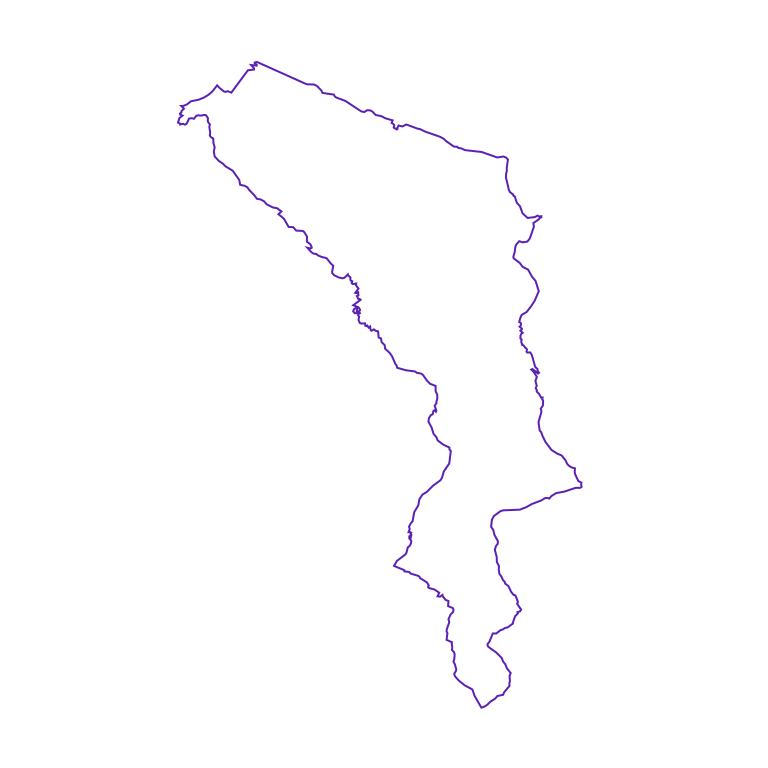 the district of Batrani, Prahova, Romania, rotated 177°
{"feature_id": "2599482B71534935033185", "entity_name": "Batrani", "entity_type": "district", "adm_level": 2, "iso_a3": "ROU", "parent_name": "Romania", "parent_adm1": "Prahova", "projection": "natural_earth1", "projection_center": [26.104, 45.367], "detail": "fine", "context": "isolated", "style": "outline", "palette": "violet", "viewbox_px": 768, "rotation_deg": 177, "n_neighbors": 0, "source": "geoboundaries", "source_scale": "gbopen_adm2", "svg_char_len": 6142}
<svg xmlns="http://www.w3.org/2000/svg" viewBox="0 0 768 768"><g transform="rotate(177 384 384)"><path d="M571.9,672.3L569.4,669.4L572.0,667.1L572.2,665.6L573.6,664.8L573.5,663.8L571.2,662.6L574.5,660.2L576.0,655.8L573.5,654.4L573.7,653.9L570.9,654.3L569.2,653.4L567.4,654.3L564.9,659.2L562.1,659.5L559.9,658.8L557.5,661.6L555.2,662.1L553.5,661.6L548.8,662.1L547.6,661.6L545.9,658.7L546.2,656.6L546.0,654.9L544.3,652.3L545.0,649.8L544.4,644.4L544.9,641.2L544.0,639.6L541.7,638.1L541.7,633.3L540.7,629.3L541.8,624.9L541.2,620.2L537.4,615.5L533.3,612.4L531.1,609.8L524.0,605.0L517.9,595.4L517.2,590.4L513.2,589.4L510.1,587.6L508.7,585.1L504.1,579.9L501.2,575.6L497.6,574.8L494.2,572.7L491.8,569.6L485.7,566.1L481.7,565.2L477.4,561.7L480.5,559.1L475.3,554.3L471.0,545.8L466.5,545.4L463.7,541.8L457.1,541.1L455.7,539.9L453.2,535.3L453.5,530.1L450.3,527.5L449.0,524.3L449.2,523.7L450.4,523.2L453.4,524.1L449.6,519.4L447.4,517.8L444.7,517.4L443.6,516.1L439.7,514.2L434.8,512.7L430.8,507.1L428.5,504.8L430.0,498.5L429.8,497.4L428.2,495.3L423.7,492.8L419.8,491.7L417.8,492.2L414.3,495.3L414.1,494.3L411.9,492.1L412.2,490.1L411.8,489.0L410.3,488.3L411.0,486.4L409.8,485.4L406.5,485.8L406.8,484.0L404.5,480.6L407.9,476.5L406.6,476.1L405.0,476.9L404.9,473.8L406.5,473.2L405.3,470.4L403.7,470.1L403.0,469.3L410.6,464.3L405.6,462.0L404.4,460.4L404.1,458.8L406.3,457.4L407.5,457.5L406.8,460.9L407.2,461.9L410.1,460.2L411.0,458.2L409.5,456.2L403.7,456.3L405.8,455.2L406.4,454.1L405.3,452.6L406.1,449.4L405.1,446.4L403.8,445.6L399.7,445.5L399.6,443.1L398.6,442.7L397.7,443.3L396.4,441.1L394.9,442.1L394.5,438.5L393.8,437.9L391.2,439.1L389.6,437.6L387.2,436.9L386.9,430.7L384.6,429.7L384.2,426.0L381.3,422.8L381.0,419.1L376.8,414.9L374.5,411.2L371.7,403.7L370.4,401.8L370.0,399.5L361.5,396.6L352.4,394.9L350.3,393.3L346.4,392.5L344.6,391.0L341.1,385.4L338.0,381.8L332.6,379.4L332.8,374.0L331.4,370.7L331.6,366.1L332.6,363.7L332.6,362.2L334.5,359.6L333.1,354.6L333.6,353.6L334.8,355.2L336.1,354.5L337.0,351.2L338.8,350.5L340.9,347.6L341.6,344.1L338.8,338.2L337.1,331.6L334.5,328.3L333.4,324.9L328.2,320.5L322.0,317.1L322.0,315.1L320.8,313.5L323.0,301.2L328.8,293.6L331.0,287.3L332.6,285.0L340.2,280.0L347.1,273.8L351.2,271.7L354.7,267.1L356.1,261.0L360.5,254.5L362.6,245.5L364.7,243.2L366.5,240.2L365.9,237.9L367.2,234.8L365.7,234.8L364.6,234.0L365.4,232.9L364.7,232.2L364.7,231.2L366.5,230.8L366.8,230.1L365.3,229.6L365.4,228.8L366.6,228.3L364.9,226.0L365.4,223.6L366.8,221.0L368.8,219.6L370.3,214.6L371.3,212.9L380.3,206.7L383.5,201.8L373.5,197.0L373.4,195.8L368.6,194.9L367.3,193.3L359.6,190.5L358.5,189.3L358.4,188.5L351.5,183.6L349.8,180.5L350.6,179.0L350.0,178.0L344.3,176.1L339.8,172.7L341.6,169.1L339.0,168.7L336.7,170.3L336.5,169.0L333.8,165.2L331.0,163.9L331.6,158.8L326.9,156.6L326.4,154.7L327.0,152.6L329.6,150.3L331.9,145.8L331.3,142.7L334.3,135.3L334.4,133.3L333.7,131.9L334.9,125.2L329.7,122.6L330.0,121.5L329.6,117.7L330.0,114.9L328.1,112.4L327.6,110.3L328.2,105.7L329.2,103.0L328.0,100.7L326.8,95.4L327.1,93.8L329.0,91.0L328.9,89.9L328.3,88.3L324.8,83.9L319.2,78.9L311.7,74.3L309.9,67.9L303.7,55.7L300.6,56.6L297.5,58.4L294.4,61.2L289.4,64.0L287.1,66.5L281.3,67.4L280.1,69.9L274.5,76.0L274.4,79.0L273.8,80.7L273.9,85.9L272.6,88.7L276.1,93.6L277.6,97.9L279.6,100.6L280.8,104.3L286.3,110.3L293.4,115.9L294.2,117.2L294.2,118.9L292.3,121.0L288.4,129.2L284.9,129.0L280.6,132.1L278.1,132.7L276.3,133.9L273.3,134.5L267.8,138.0L267.8,138.9L265.2,145.3L262.3,147.9L262.7,149.2L260.0,149.9L258.9,151.6L262.6,157.6L261.6,159.3L263.4,164.9L264.2,166.2L265.7,166.7L267.9,169.8L270.4,175.8L273.5,178.4L273.9,180.3L275.3,181.7L276.8,185.4L278.7,188.5L279.1,192.7L278.7,196.1L280.6,200.3L280.5,205.5L282.0,212.7L280.7,216.3L278.8,218.4L278.5,221.1L281.6,227.6L282.5,232.4L284.5,235.8L283.4,242.6L281.3,246.3L274.2,251.0L271.3,251.6L254.8,251.4L248.0,253.7L242.7,256.4L233.2,259.4L229.1,261.6L226.5,261.6L225.0,260.9L222.6,263.4L217.9,266.0L209.6,267.1L198.0,270.3L193.6,270.0L192.0,271.0L192.4,273.2L192.1,275.2L195.1,277.0L197.9,284.1L198.2,286.2L197.7,289.8L201.1,290.9L203.6,292.7L205.3,294.7L206.8,298.4L210.3,303.3L215.0,305.6L220.2,309.4L225.8,317.7L228.6,324.3L229.5,327.6L231.0,329.5L231.7,337.9L228.4,347.5L228.3,349.4L228.8,351.0L226.3,354.5L226.0,359.3L226.8,360.3L226.3,362.2L227.9,362.3L229.7,366.1L231.9,368.4L231.7,369.9L232.7,371.9L231.6,374.2L232.6,379.2L231.0,383.2L234.1,388.6L236.2,390.7L235.0,391.2L229.7,386.4L228.6,387.1L230.0,389.4L230.0,391.0L232.1,393.1L234.9,405.5L236.3,407.9L239.3,407.9L240.0,408.8L239.4,410.9L239.8,411.8L241.3,413.1L242.4,415.0L244.0,415.9L243.7,416.2L244.6,418.0L244.7,419.7L244.2,421.1L245.4,422.4L245.1,425.5L244.0,427.2L242.8,427.9L245.0,430.1L243.4,431.5L243.5,432.2L245.6,434.1L244.5,435.0L244.0,436.6L244.2,437.8L245.7,438.8L244.4,442.9L242.9,445.8L237.7,448.5L232.9,454.1L229.1,459.4L224.6,468.5L227.2,478.9L230.6,483.5L234.1,490.7L239.3,493.6L242.1,497.8L247.9,502.7L248.2,504.2L246.6,508.9L245.6,514.4L244.5,516.5L241.5,519.5L238.0,518.2L233.4,518.7L230.7,521.8L226.1,533.2L226.4,536.9L220.7,540.4L219.9,541.7L218.2,542.2L218.1,543.3L220.0,543.1L222.0,544.1L224.6,542.8L231.9,542.3L236.7,547.2L238.9,554.4L241.9,558.1L243.6,564.5L244.9,565.2L245.0,566.3L248.2,569.1L249.1,571.1L251.4,583.7L251.1,587.6L250.2,590.3L250.1,593.4L248.5,601.7L250.2,603.7L252.7,604.9L259.1,604.3L274.4,610.6L290.8,613.3L294.4,615.2L297.4,615.9L298.5,617.1L301.7,617.4L308.9,623.0L311.7,625.9L315.2,628.0L329.5,633.8L334.9,636.8L336.8,637.1L348.2,642.0L352.1,640.2L355.9,641.4L357.3,639.1L357.2,637.9L357.9,637.5L360.9,639.6L360.2,641.8L361.0,643.1L362.7,644.2L361.6,646.8L369.0,649.4L372.3,651.5L378.2,653.1L381.6,656.9L383.7,658.0L386.4,658.3L389.5,656.6L392.6,657.5L407.7,668.7L416.3,672.4L418.0,673.6L418.9,675.6L430.2,677.9L431.1,680.2L435.3,685.1L438.0,686.7L445.0,687.3L446.8,688.0L494.1,712.3L496.4,711.7L496.3,711.1L494.4,709.5L494.6,708.6L500.0,709.5L497.3,706.0L497.4,704.8L503.5,704.4L521.2,683.0L524.9,684.6L527.0,684.0L528.5,684.5L532.8,688.3L535.0,691.0L540.0,685.2L544.3,681.9L549.0,679.4L554.6,677.5L561.9,676.5L566.0,673.6L569.4,672.3L571.9,672.3Z" fill="none" stroke="#5b21b6" stroke-width="2"/></g></svg>